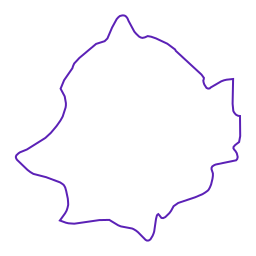 SVG path tracing the border of Zaghouan
{"feature_id": "TUN-120", "entity_name": "Zaghouan", "entity_type": "Governorate", "adm_level": 1, "iso_a3": "TUN", "parent_name": "Tunisia", "parent_adm1": "", "projection": "mercator", "projection_center": [10.024, 36.33], "detail": "fine", "context": "isolated", "style": "outline", "palette": "violet", "viewbox_px": 256, "rotation_deg": 0, "n_neighbors": 0, "source": "natural_earth", "source_scale": "10m", "svg_char_len": 1752}
<svg xmlns="http://www.w3.org/2000/svg" viewBox="0 0 256 256"><path d="M233.1,79.0L232.6,103.8L233.3,110.9L234.0,112.3L235.0,113.6L236.0,114.7L237.3,115.4L238.2,115.8L240.0,116.0L240.2,136.1L239.1,142.0L235.2,145.0L233.6,146.8L233.4,148.2L234.1,149.5L235.5,151.1L236.8,153.3L237.7,157.0L237.2,159.0L236.1,160.3L215.8,164.5L214.3,165.1L212.3,166.4L211.6,167.7L211.5,169.1L212.9,173.4L212.9,175.8L212.5,178.7L211.1,184.5L209.9,187.4L208.7,189.6L207.7,190.7L205.2,192.5L202.6,194.1L195.1,197.3L178.3,202.9L173.6,206.2L171.1,210.8L169.4,213.1L165.3,217.1L163.1,218.1L161.4,217.9L159.4,215.3L158.3,214.1L157.4,214.7L156.8,215.8L156.0,219.0L154.2,231.4L153.6,233.4L152.6,235.8L150.4,239.4L148.7,240.5L147.0,240.6L145.6,239.9L138.0,232.2L136.0,230.6L133.5,229.1L132.1,228.5L120.9,226.4L118.2,225.3L109.3,219.9L99.3,220.1L74.3,223.7L68.5,223.3L65.9,222.7L59.9,220.5L65.1,213.3L66.6,210.6L67.5,207.9L68.2,204.9L68.1,202.3L67.8,198.6L66.2,191.0L65.2,187.5L63.9,185.2L62.8,184.2L60.1,182.4L46.2,177.2L33.4,173.9L30.4,172.1L27.5,169.9L17.1,159.9L16.2,158.5L15.8,157.0L16.3,155.4L18.5,153.3L20.0,152.3L26.9,149.5L45.4,137.9L50.9,132.8L56.6,126.0L60.4,120.6L62.7,116.5L65.6,107.5L65.9,105.4L65.9,103.1L64.7,96.4L60.6,88.7L64.1,80.2L72.4,68.2L73.0,66.2L74.2,63.5L79.4,57.9L96.1,43.9L104.6,41.2L107.4,38.5L112.1,27.5L116.7,19.1L118.4,17.2L119.9,16.0L122.3,15.4L123.4,15.4L124.6,15.6L125.7,16.2L126.8,17.4L127.5,18.4L128.6,21.0L134.3,31.6L136.1,33.7L139.1,36.6L140.8,37.5L142.4,37.9L144.8,37.4L147.7,36.1L151.1,36.7L156.0,38.4L167.3,43.7L175.1,49.5L175.8,50.9L201.5,74.6L203.9,77.9L203.7,79.4L203.3,80.6L203.6,82.4L204.3,84.5L206.5,87.9L208.1,88.6L209.7,88.4L210.8,87.4L221.3,81.3L224.0,80.3L226.6,79.7L233.1,79.0Z" fill="none" stroke="#5b21b6" stroke-width="2"/></svg>